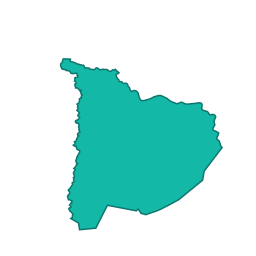 Dom Inocêncio, Piauí, Brazil, rotated 249°
{"feature_id": "56859067B88808375837925", "entity_name": "Dom Inocêncio", "entity_type": "district", "adm_level": 2, "iso_a3": "BRA", "parent_name": "Brazil", "parent_adm1": "Piauí", "projection": "robinson", "projection_center": [-41.762, -8.923], "detail": "fine", "context": "isolated", "style": "filled", "palette": "teal", "viewbox_px": 256, "rotation_deg": 249, "n_neighbors": 0, "source": "geoboundaries", "source_scale": "gbopen_adm2", "svg_char_len": 4379}
<svg xmlns="http://www.w3.org/2000/svg" viewBox="0 0 256 256"><g transform="rotate(249 128 128)"><path d="M64.0,42.1L57.0,47.8L50.4,46.3L46.0,62.0L53.1,69.9L63.2,81.1L47.7,106.1L48.7,108.5L43.6,109.6L40.7,113.6L40.5,120.6L40.3,123.8L40.4,129.1L41.0,134.3L41.4,138.3L42.9,149.7L47.2,162.6L51.3,175.1L52.5,178.9L60.4,183.6L64.3,189.9L76.0,208.8L76.8,208.4L78.3,208.2L79.6,208.3L81.5,208.5L83.5,208.4L85.7,206.9L86.7,207.1L87.2,207.6L88.8,209.3L90.7,210.9L91.4,210.5L93.0,209.3L95.2,207.1L95.8,206.7L96.6,206.7L97.8,207.8L99.5,209.9L100.1,210.3L101.6,210.3L102.3,210.3L104.0,211.2L105.7,212.6L106.1,213.2L106.7,213.7L107.3,213.9L108.1,213.9L109.0,213.5L109.9,212.7L110.3,212.0L110.7,210.1L110.9,209.3L111.6,208.8L114.0,208.4L115.1,207.8L116.4,206.0L117.7,204.4L118.2,204.0L119.4,203.7L120.5,204.0L121.5,204.7L122.1,205.1L123.0,205.5L124.0,205.6L125.1,205.1L125.9,203.7L126.5,201.9L126.7,200.4L127.1,198.9L128.2,195.1L128.5,193.6L128.9,192.3L129.4,191.1L130.3,189.8L132.7,187.6L133.1,186.5L132.9,183.8L133.1,182.4L133.7,181.6L135.0,180.4L135.6,179.6L137.3,177.8L138.2,177.0L141.3,175.2L141.9,174.8L143.4,173.3L145.2,171.7L146.4,170.4L146.9,169.5L147.4,167.8L147.8,163.5L147.4,160.4L147.3,158.7L147.4,157.8L147.8,153.4L148.2,151.7L148.7,150.6L149.4,149.9L150.6,149.6L152.9,149.5L156.7,150.0L157.7,149.8L158.5,149.6L159.3,149.1L160.0,148.6L160.7,147.5L161.0,146.4L160.7,145.5L160.8,144.5L161.9,143.8L162.6,143.7L165.4,143.8L166.7,143.1L167.7,143.1L168.7,143.3L169.5,143.0L170.5,142.3L170.9,141.1L171.1,139.9L171.6,139.2L173.4,138.8L174.7,136.3L176.5,136.7L177.6,135.9L180.2,135.7L181.1,135.7L182.0,135.8L182.2,136.5L182.4,137.5L182.4,138.8L182.8,139.4L184.0,138.8L185.3,137.9L187.3,137.3L187.2,136.5L187.1,135.6L187.8,134.5L187.1,132.6L187.3,131.7L188.0,130.6L189.1,130.0L189.7,129.7L190.2,129.2L191.0,127.2L191.9,125.5L192.1,124.6L192.0,123.7L192.2,123.0L193.1,122.2L194.5,121.3L195.3,120.5L195.4,119.7L195.2,118.9L194.6,117.9L194.6,117.0L195.8,115.1L196.3,113.8L197.9,113.2L198.4,111.7L199.1,110.8L199.8,109.1L201.6,109.2L202.2,109.1L202.8,108.7L202.8,107.8L203.8,106.8L204.3,106.0L204.8,105.3L205.5,104.4L206.1,103.5L207.6,102.1L208.6,101.1L209.4,100.1L210.7,98.2L211.5,97.6L212.4,98.8L212.9,99.0L213.5,97.8L215.7,92.2L214.0,90.8L213.1,90.3L212.5,89.5L212.2,88.4L211.6,88.0L211.0,87.7L210.1,87.4L207.6,87.4L206.9,87.5L206.4,87.9L205.1,90.0L204.5,91.0L203.8,90.9L202.8,93.2L201.9,93.6L201.4,93.9L200.9,94.3L199.5,94.4L199.0,95.1L198.7,95.7L198.3,96.7L198.1,97.8L198.0,98.6L197.3,99.8L196.7,99.7L195.5,99.4L194.5,99.9L193.8,99.4L193.6,98.5L193.9,97.1L193.8,96.2L192.7,96.2L192.0,95.5L191.0,94.9L190.5,95.6L189.4,95.9L188.6,95.5L188.1,94.9L188.0,94.1L186.5,93.6L185.4,93.9L184.3,93.3L183.7,94.4L183.3,95.3L182.4,95.6L181.7,95.8L180.7,96.2L180.0,96.4L180.3,97.3L180.0,97.9L179.3,97.3L178.6,96.6L177.6,96.5L176.9,96.7L175.8,96.4L175.3,97.1L174.9,96.5L174.0,95.6L173.4,95.1L172.6,95.1L172.8,94.1L172.7,93.2L171.8,92.7L171.0,92.7L170.1,91.9L169.0,91.1L168.8,90.2L168.8,89.2L168.2,88.9L167.2,89.5L166.5,89.0L165.5,88.3L164.6,88.4L163.8,88.4L162.8,86.6L160.7,87.7L159.4,88.0L158.8,87.1L158.2,86.6L158.1,85.9L157.3,85.5L156.3,86.1L155.5,86.6L154.7,86.5L154.3,85.2L153.5,83.7L153.7,82.9L153.6,82.1L153.2,81.3L152.2,81.1L151.5,81.3L150.9,81.8L150.3,83.3L148.1,83.4L147.6,82.9L146.2,82.1L144.8,82.2L144.1,82.2L143.8,81.4L143.0,81.7L141.3,81.6L141.4,80.4L140.7,79.1L139.7,78.4L138.3,79.2L138.2,78.3L137.0,77.4L136.9,76.7L135.7,75.8L135.1,75.2L134.2,74.5L134.3,73.0L133.1,73.3L132.4,72.9L131.7,71.9L131.6,70.8L130.0,71.8L129.4,73.1L127.7,72.7L126.3,72.7L125.6,73.5L125.0,73.9L124.4,74.8L123.1,74.4L122.4,74.0L121.9,72.9L121.2,72.3L120.1,71.0L119.4,70.6L119.2,69.7L118.2,69.2L117.5,68.9L116.7,68.0L116.1,67.5L114.4,67.5L113.2,67.2L112.6,68.0L112.2,67.1L111.0,65.5L110.2,64.3L109.7,62.9L108.1,63.9L107.0,62.6L106.3,61.5L105.3,60.8L102.1,60.8L101.4,60.1L101.4,59.3L100.3,59.2L99.4,58.7L97.9,58.7L97.1,58.5L97.1,57.3L97.1,56.6L96.5,56.1L95.5,56.1L94.9,55.8L94.5,55.0L93.9,54.3L93.2,53.3L92.1,51.6L91.7,50.2L90.9,49.9L89.5,50.6L88.5,50.5L87.4,49.4L86.7,47.9L85.6,46.9L83.2,46.8L82.3,46.7L82.1,47.8L81.2,48.3L79.9,49.6L78.8,48.4L78.0,48.5L78.0,47.2L76.8,45.7L76.3,46.2L75.4,46.6L74.4,46.3L74.4,44.6L73.9,43.7L72.8,43.9L71.7,44.0L70.8,44.3L70.1,44.9L69.0,44.9L68.3,45.6L67.7,45.6L66.8,45.8L66.3,44.8L65.3,44.3L64.1,43.9L64.2,42.9L64.0,42.1Z" fill="#14b8a6" stroke="#0f766e" stroke-width="1.5"/></g></svg>